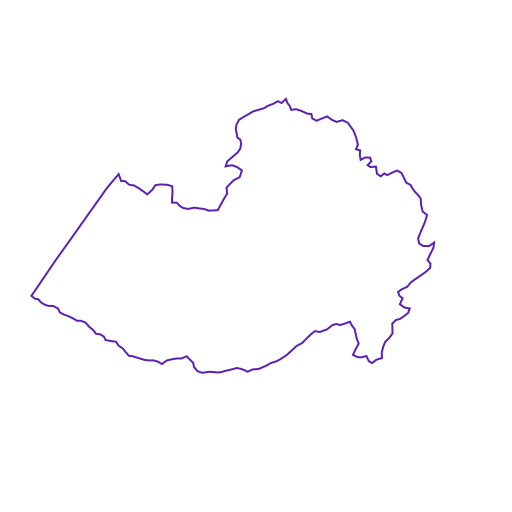 São Gabriel da Palha, Espírito Santo, Brazil (Equal Earth projection), rotated 215°
{"feature_id": "56859067B16425031458349", "entity_name": "São Gabriel da Palha", "entity_type": "district", "adm_level": 2, "iso_a3": "BRA", "parent_name": "Brazil", "parent_adm1": "Espírito Santo", "projection": "equal_earth", "projection_center": [-40.521, -18.954], "detail": "fine", "context": "isolated", "style": "outline", "palette": "violet", "viewbox_px": 512, "rotation_deg": 215, "n_neighbors": 0, "source": "geoboundaries", "source_scale": "gbopen_adm2", "svg_char_len": 2908}
<svg xmlns="http://www.w3.org/2000/svg" viewBox="0 0 512 512"><g transform="rotate(215 256 256)"><path d="M209.1,398.0L213.3,394.5L216.7,394.5L215.8,399.7L219.0,402.0L223.1,399.3L225.4,394.8L228.5,397.8L231.3,402.2L235.3,400.8L236.5,405.8L242.1,410.6L248.0,414.6L253.0,416.3L257.3,417.8L263.0,416.9L266.9,412.1L271.8,411.1L277.8,411.1L281.3,405.8L284.0,401.5L288.8,401.0L292.1,404.1L295.8,402.0L301.9,400.9L307.3,399.3L311.0,395.9L314.5,398.3L318.0,399.3L321.6,401.9L322.8,396.0L326.8,395.4L329.3,390.4L332.5,385.6L334.3,381.5L337.9,377.1L341.5,372.5L343.3,368.3L345.4,363.9L348.0,357.9L347.4,352.6L345.4,348.4L342.2,345.4L339.2,342.3L335.6,342.3L332.7,339.6L330.5,335.1L330.4,330.6L331.8,324.9L333.8,317.2L332.3,312.0L327.7,316.6L322.6,318.0L316.6,318.0L314.6,311.2L317.7,305.4L318.6,300.4L319.4,295.1L315.4,290.6L315.0,284.1L314.3,277.6L313.6,271.6L320.8,266.0L325.4,264.8L330.2,262.2L334.3,260.2L338.5,255.7L343.3,253.5L347.2,253.3L351.5,254.2L355.5,251.6L358.2,255.7L361.4,261.0L364.8,265.1L369.8,263.3L375.7,259.5L379.1,256.2L378.9,251.1L380.4,244.1L385.0,244.3L390.1,244.3L396.1,243.9L400.8,241.7L406.2,242.2L409.5,240.1L415.5,244.3L417.1,226.3L417.5,157.2L417.7,138.1L417.1,94.5L412.8,94.2L409.4,95.7L406.0,94.7L401.2,94.9L397.1,96.2L393.5,98.8L388.2,99.4L384.4,97.3L380.1,97.8L375.2,99.1L370.2,100.0L365.7,100.2L362.5,102.4L357.5,103.7L351.8,102.3L346.5,101.9L342.6,100.5L338.8,102.4L334.5,102.8L331.0,100.9L326.1,103.1L321.5,105.5L317.3,103.8L311.9,103.8L307.2,102.4L302.8,101.4L299.6,103.1L296.0,104.3L291.5,105.7L287.1,107.2L283.6,109.2L280.1,111.7L275.7,113.2L271.1,113.5L269.2,119.2L265.7,123.1L262.0,126.7L258.2,129.4L255.3,134.1L249.6,133.0L246.2,132.5L243.0,129.4L237.6,128.1L232.9,129.6L227.8,134.4L224.1,136.6L220.7,138.5L217.9,140.9L215.4,144.1L211.1,148.9L207.5,153.2L203.7,154.9L200.3,155.8L196.7,156.3L193.7,161.1L188.9,165.2L185.1,171.3L182.2,177.2L178.4,182.1L176.2,187.1L174.0,192.6L172.6,198.9L171.1,205.7L168.3,211.1L167.0,218.8L166.1,223.4L164.7,228.2L160.1,230.4L155.7,236.7L153.9,242.9L151.4,246.3L147.5,247.7L144.3,251.8L141.4,256.1L137.6,254.1L133.1,252.6L126.0,246.0L121.7,243.2L120.8,236.2L119.9,230.6L114.8,231.4L111.7,233.3L108.1,237.4L103.3,234.6L99.5,234.9L97.9,240.1L94.3,244.6L97.7,249.2L99.7,254.5L100.9,259.6L100.0,264.6L99.7,270.8L105.6,278.8L104.7,283.8L102.0,287.0L100.0,292.3L98.7,296.8L100.0,301.2L104.7,299.0L110.5,299.0L111.7,305.5L115.8,305.7L119.0,308.1L117.4,312.5L114.5,317.5L114.0,323.3L112.6,327.4L110.4,333.2L108.0,339.9L106.5,346.1L108.7,349.8L113.3,351.2L114.2,356.7L115.4,364.5L117.8,369.2L120.0,363.3L124.8,360.1L129.6,359.9L133.4,363.5L135.3,371.9L136.2,376.9L137.3,381.4L139.4,387.7L145.0,388.0L150.1,392.6L154.1,397.6L157.9,398.8L162.2,399.7L166.2,400.9L170.2,402.9L174.8,402.2L179.7,404.9L184.7,407.5L189.4,407.0L192.5,402.0L195.0,397.4L198.3,397.2L199.5,392.8L204.1,392.8L209.1,398.0Z" fill="none" stroke="#5b21b6" stroke-width="2"/></g></svg>